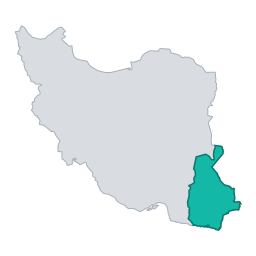 Sistan and Baluchestan highlighted on a map of Iran
{"feature_id": "IRN-3247", "entity_name": "Sistan and Baluchestan", "entity_type": "Province", "adm_level": 1, "iso_a3": "IRN", "parent_name": "Iran", "parent_adm1": "", "projection": "mercator", "projection_center": [61.271, 28.254], "detail": "fine", "context": "in_parent", "style": "filled", "palette": "teal", "viewbox_px": 256, "rotation_deg": 0, "n_neighbors": 0, "source": "natural_earth", "source_scale": "10m", "svg_char_len": 8331}
<svg xmlns="http://www.w3.org/2000/svg" viewBox="0 0 256 256"><path d="M130.8,62.0L134.1,62.2L140.0,60.1L140.5,59.7L142.3,55.6L144.4,53.8L148.0,51.6L150.3,50.8L158.4,51.1L159.0,49.5L160.3,48.6L169.1,49.1L170.5,50.4L171.0,52.7L178.3,54.8L179.8,55.5L181.6,57.2L183.0,57.7L185.0,56.9L186.1,57.5L188.1,57.0L193.7,59.5L194.5,62.1L195.5,63.3L196.8,64.4L201.3,66.4L202.6,67.6L205.9,72.3L215.0,72.2L215.5,73.3L215.4,75.3L216.0,80.1L215.3,81.9L216.5,83.5L216.3,86.5L216.8,88.5L215.8,91.4L214.7,92.0L215.3,94.6L214.4,97.0L214.5,97.9L213.1,100.0L213.0,100.8L210.4,102.7L212.3,105.5L209.4,105.7L207.6,108.7L208.0,112.3L207.6,114.1L207.8,115.1L208.6,115.8L212.5,116.5L212.6,117.0L208.4,122.1L208.6,124.1L211.6,134.5L211.1,139.6L211.5,144.8L221.3,146.4L222.4,147.7L223.1,150.6L223.0,152.8L222.7,153.9L211.7,167.0L217.3,173.6L217.5,175.0L220.8,181.3L223.9,184.6L229.4,186.3L231.8,188.7L234.1,188.6L233.9,191.8L234.7,198.5L234.0,201.5L235.9,202.1L238.9,201.7L239.9,202.3L240.5,203.4L239.7,204.0L239.8,206.6L239.1,207.1L238.8,209.6L234.4,209.7L230.4,210.7L228.9,211.7L228.0,213.4L226.7,213.2L226.3,213.9L223.4,215.1L222.4,220.1L221.3,221.3L220.4,228.4L219.8,228.5L218.4,229.7L209.6,227.3L208.7,225.6L207.8,225.3L206.6,227.0L202.2,226.0L200.7,226.3L199.8,225.8L197.4,225.8L195.5,224.8L190.7,225.6L187.8,223.8L184.7,223.3L180.9,223.3L177.8,222.0L176.2,222.5L175.4,221.6L170.8,220.8L169.3,217.6L169.2,216.0L168.1,213.2L167.7,209.2L166.7,206.2L164.7,203.8L159.3,202.4L156.6,203.1L154.5,204.5L151.1,205.3L148.5,208.0L146.9,207.8L140.7,211.5L139.4,211.4L134.7,209.0L132.6,208.5L128.4,208.6L126.1,206.9L125.5,205.7L120.0,203.1L116.6,200.8L115.5,198.5L114.0,196.9L110.7,195.6L108.8,194.2L103.7,193.6L100.1,190.1L100.0,188.9L97.9,185.1L97.5,182.2L97.1,181.5L95.3,180.3L95.0,179.5L95.4,177.7L93.0,176.6L92.7,175.7L92.7,172.9L87.1,166.2L86.0,162.5L84.9,162.3L79.9,164.8L78.5,163.4L74.1,161.0L73.5,160.1L74.6,159.6L75.7,160.1L76.3,159.6L76.1,158.8L75.0,158.3L73.5,158.3L73.9,159.1L72.5,159.8L72.2,160.7L72.5,163.5L71.9,164.3L69.6,164.8L68.2,165.6L66.9,164.6L66.5,162.6L65.7,161.3L64.4,160.8L63.5,159.5L62.0,158.9L61.9,151.7L58.0,151.6L58.0,146.1L59.8,140.7L56.1,135.8L54.4,132.1L53.4,131.4L51.5,131.5L45.1,126.4L42.8,125.0L39.8,124.6L39.4,122.9L40.1,120.9L38.7,118.3L38.2,117.5L37.0,117.2L37.0,115.5L35.4,115.6L32.3,111.1L31.4,110.5L33.1,107.0L31.9,104.2L32.6,101.8L34.2,101.9L34.7,98.8L37.5,95.5L40.0,94.1L40.2,93.1L39.7,91.3L38.2,89.1L38.4,87.2L38.9,86.3L41.5,85.2L41.6,84.8L40.4,84.1L35.8,84.1L33.3,81.9L31.0,81.3L29.6,76.4L29.2,75.8L28.1,75.6L27.4,74.7L27.0,71.4L25.4,70.0L24.0,65.0L23.9,63.8L24.4,62.8L21.8,60.6L21.5,57.4L22.0,56.6L19.0,54.2L17.7,54.1L17.6,53.7L19.5,48.5L20.3,47.3L18.6,46.6L18.6,44.0L18.1,41.9L18.3,39.9L17.1,38.4L16.8,37.5L17.2,35.2L16.0,34.1L15.4,31.7L19.6,31.0L20.4,27.3L21.9,25.8L24.6,27.6L28.4,33.6L30.7,35.3L32.4,37.3L40.4,39.4L42.1,38.7L44.9,38.8L48.4,35.2L50.0,34.7L54.1,31.0L59.1,27.6L61.7,27.1L65.5,31.4L63.4,32.7L63.0,33.8L63.3,34.8L65.0,35.9L65.2,37.1L64.6,37.7L62.4,38.4L61.7,39.6L64.2,41.5L65.4,43.2L66.7,43.6L68.7,46.2L71.9,45.8L72.6,52.1L74.4,57.2L77.8,59.4L86.7,61.1L87.6,62.0L89.1,64.8L91.4,66.8L98.2,70.8L105.7,72.6L110.7,72.5L129.1,68.0L130.8,68.0L128.1,69.2L129.1,69.7L131.5,69.7L132.0,69.2L132.1,68.5L130.8,62.0ZM157.4,206.0L156.3,207.6L154.7,208.9L153.4,208.5L148.5,210.5L147.1,210.3L147.0,209.7L152.4,207.5L152.7,206.9L152.4,205.7L154.1,206.2L156.1,205.2L157.7,205.0L158.4,205.6L157.4,206.0Z" fill="#d9dde1" stroke="#a8b0b8" stroke-width="1"/><path d="M220.6,146.3L221.3,146.4L221.6,146.5L221.8,146.7L222.2,147.2L222.3,147.5L222.2,148.1L222.2,148.3L222.3,148.6L222.7,149.1L222.8,149.4L222.8,149.8L222.8,150.0L223.0,150.4L223.1,150.9L223.2,151.1L223.2,151.4L223.1,151.7L222.9,152.1L223.0,152.3L223.0,153.2L222.9,153.2L222.9,153.3L222.9,153.6L222.7,153.9L221.8,155.1L220.3,156.8L218.9,158.5L218.0,159.6L216.7,161.1L216.1,161.9L215.1,163.1L213.3,165.2L212.4,166.3L211.7,167.1L212.7,168.2L213.3,168.9L214.1,169.8L214.9,170.9L215.9,172.0L216.8,173.1L217.0,173.3L217.3,173.4L217.5,173.5L217.6,173.9L217.6,174.2L217.4,174.6L217.4,174.9L217.6,175.2L217.9,175.6L218.1,175.8L218.1,176.3L218.3,176.6L218.5,176.6L218.8,176.9L218.9,177.1L218.9,177.3L219.1,177.4L219.3,177.5L219.2,177.7L219.1,177.8L219.0,178.0L219.3,178.2L219.4,178.3L219.5,178.5L220.0,179.6L220.1,179.9L220.1,180.1L220.2,180.3L220.5,180.7L220.8,181.4L221.2,181.8L222.4,182.9L222.9,183.5L223.6,184.2L224.0,184.6L224.2,184.8L224.9,185.0L225.5,185.3L225.8,185.4L226.6,185.5L227.0,185.5L227.9,186.0L229.5,186.3L229.8,186.5L230.0,186.8L230.1,187.0L230.3,187.1L230.5,187.1L230.7,187.3L230.8,187.6L231.0,187.9L231.7,188.7L232.0,188.8L233.9,188.4L234.1,188.6L234.2,189.0L234.0,190.4L233.8,191.9L234.0,192.8L234.3,194.1L234.4,194.9L234.5,195.9L234.6,196.6L234.7,197.8L234.7,198.5L234.7,199.1L234.1,200.4L234.3,200.7L234.3,200.9L234.3,201.1L234.3,201.3L234.2,201.4L234.1,201.5L233.9,201.5L234.4,202.0L234.6,202.1L234.8,202.0L234.9,201.9L235.0,202.0L235.3,202.1L235.7,202.2L236.0,202.2L236.6,202.1L237.0,202.0L237.6,201.8L237.9,201.8L238.1,201.8L238.9,201.6L239.0,201.6L239.4,201.9L239.6,202.0L239.8,202.1L240.0,202.2L240.1,202.3L240.2,202.6L240.6,203.5L240.4,203.4L240.2,203.4L240.0,203.5L239.8,203.7L239.8,203.8L239.7,204.0L239.6,204.3L239.7,205.8L239.8,206.0L240.0,206.4L240.0,206.7L239.8,206.8L239.3,206.9L239.1,207.0L238.9,209.1L238.8,209.6L238.6,209.9L238.4,209.9L238.2,209.7L237.7,209.8L237.3,209.8L236.8,209.7L235.7,209.7L234.8,209.7L234.0,209.7L233.9,209.7L233.8,209.8L233.7,210.0L233.4,210.2L233.1,210.3L232.8,210.2L232.7,210.2L232.5,210.3L232.4,210.4L232.2,210.5L230.2,210.7L230.0,210.8L229.9,211.0L229.7,211.1L229.4,211.1L229.1,211.2L229.0,211.3L228.8,211.4L228.7,211.4L228.6,211.5L228.7,211.8L228.6,212.1L228.2,212.5L228.2,212.9L228.3,213.2L228.3,213.4L228.1,213.5L227.6,213.4L227.1,213.2L226.7,213.2L226.5,213.5L226.4,213.8L226.3,214.0L225.8,214.0L225.6,214.1L225.4,214.2L225.0,214.5L223.6,214.9L223.3,215.1L223.1,215.5L223.0,215.9L222.9,216.7L222.8,217.4L222.7,218.2L222.6,219.3L222.4,220.2L222.4,220.4L222.2,220.6L221.8,220.6L221.5,220.7L221.3,221.0L221.3,221.5L221.5,222.0L221.4,222.5L221.2,222.8L221.1,223.1L221.0,223.8L220.9,224.9L220.9,226.2L220.8,227.3L220.4,228.4L220.4,228.2L220.1,227.8L220.1,227.7L219.9,227.8L219.9,228.1L220.0,228.3L219.8,228.4L219.6,228.3L219.4,228.3L219.2,228.5L219.5,228.6L219.7,228.8L219.4,229.1L219.4,229.3L219.3,229.5L219.1,229.5L218.5,229.7L218.6,229.9L218.4,230.2L216.4,229.5L215.7,229.4L215.7,229.2L215.5,228.9L213.9,228.3L212.0,228.0L210.4,227.6L209.3,227.4L209.1,227.3L209.3,227.2L209.0,226.8L208.9,226.6L208.9,225.9L208.9,225.7L208.5,225.3L208.3,225.2L208.1,225.2L207.9,225.2L207.1,225.5L206.9,225.6L206.6,226.0L206.5,226.3L206.6,226.5L206.8,226.6L207.0,226.7L207.0,226.8L207.4,227.1L207.2,227.2L206.8,227.1L206.4,226.9L206.1,226.7L205.6,226.7L205.3,226.5L205.4,226.2L205.1,226.1L204.6,226.1L204.3,226.2L204.2,226.2L204.1,226.3L204.2,226.5L204.4,226.6L204.3,226.9L204.0,226.9L203.8,226.7L203.6,226.7L203.2,226.6L203.0,226.4L202.8,226.3L202.4,226.3L201.8,226.4L201.2,226.4L200.8,226.7L200.3,226.6L199.8,226.1L199.3,226.0L197.9,226.0L197.4,226.0L196.5,225.8L195.9,225.3L195.5,225.0L194.8,225.2L193.5,225.4L193.1,225.4L193.1,225.1L193.4,225.0L193.4,224.8L193.4,224.6L193.2,224.5L193.1,224.3L192.7,223.6L192.5,223.4L192.4,223.2L192.1,222.7L191.7,222.6L191.5,222.3L191.4,221.9L191.0,221.3L188.8,219.3L188.4,219.0L188.2,218.7L188.3,218.3L188.5,218.0L188.6,217.9L188.8,217.3L188.9,216.9L188.9,216.1L189.0,215.7L189.2,215.1L189.4,214.8L189.6,214.3L189.5,213.8L189.1,213.3L188.9,212.6L189.2,212.0L189.5,211.5L189.5,211.1L189.2,210.8L189.0,210.5L189.3,209.9L189.6,208.9L189.0,207.6L188.1,206.6L187.9,205.7L187.9,204.9L187.9,204.4L187.6,203.3L187.6,202.0L188.9,196.7L189.1,195.2L189.0,190.6L190.3,188.9L190.7,187.7L190.3,187.0L189.3,186.3L188.9,185.6L189.6,185.2L190.9,184.8L193.6,183.2L194.1,182.8L194.5,182.4L194.5,181.9L194.4,181.4L194.0,180.7L194.0,179.6L193.9,178.7L194.0,177.8L195.0,176.3L195.4,175.0L195.4,173.9L195.0,171.0L194.5,169.8L194.0,169.5L193.7,169.2L193.8,168.1L196.2,156.9L196.6,156.8L205.4,154.3L206.0,154.4L206.4,154.8L206.7,155.0L207.7,155.3L209.2,156.4L211.0,159.0L212.0,159.8L213.6,159.8L214.0,159.6L214.1,159.3L214.2,158.9L213.6,156.3L213.5,155.3L213.8,151.7L214.3,149.7L215.1,147.9L215.2,146.3L215.0,145.5L217.0,145.8L219.3,146.1L220.6,146.3Z" fill="#14b8a6" stroke="#0f766e" stroke-width="1.5"/></svg>